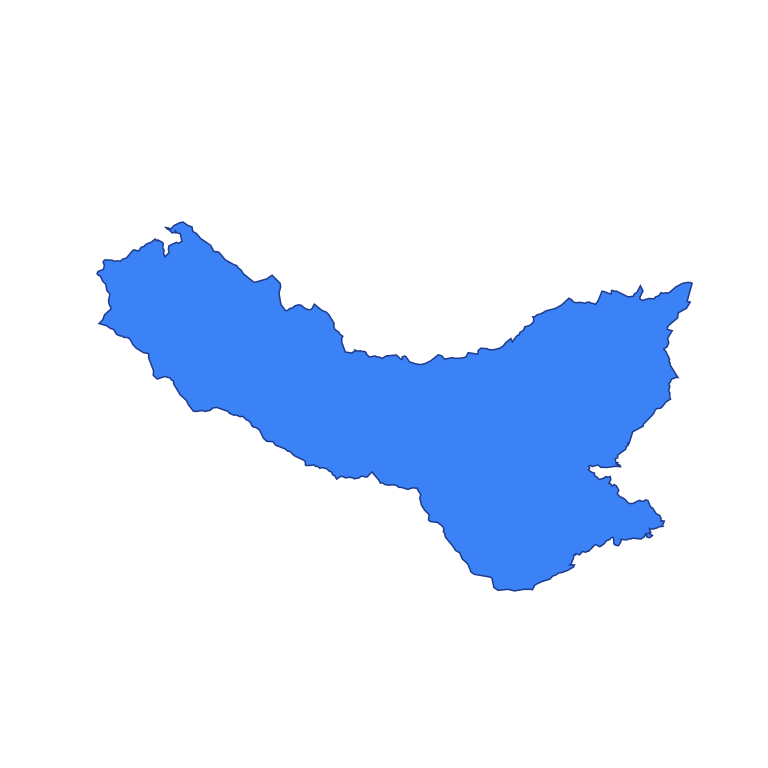 Lopatari, Buzau, Romania, rotated 284°
{"feature_id": "2599482B38865643072398", "entity_name": "Lopatari", "entity_type": "district", "adm_level": 2, "iso_a3": "ROU", "parent_name": "Romania", "parent_adm1": "Buzau", "projection": "orthographic", "projection_center": [26.556, 45.546], "detail": "fine", "context": "isolated", "style": "filled", "palette": "blue", "viewbox_px": 768, "rotation_deg": 284, "n_neighbors": 0, "source": "geoboundaries", "source_scale": "gbopen_adm2", "svg_char_len": 6148}
<svg xmlns="http://www.w3.org/2000/svg" viewBox="0 0 768 768"><g transform="rotate(284 384 384)"><path d="M556.2,658.6L556.6,657.3L556.1,654.2L553.9,649.4L548.6,643.5L542.4,639.2L540.6,637.1L540.8,635.7L539.5,632.7L539.7,630.7L536.3,629.4L533.9,626.1L532.0,625.8L531.2,620.6L527.6,614.4L528.3,611.8L530.7,611.4L536.9,612.8L541.3,609.0L534.0,607.2L531.8,605.0L529.4,604.7L527.6,599.7L530.3,587.3L529.8,585.6L530.1,583.0L529.8,582.2L526.0,582.6L526.9,575.9L526.8,573.1L517.0,571.7L512.2,569.8L512.8,568.0L512.5,564.9L513.2,563.5L512.3,561.0L510.9,559.4L510.8,555.2L509.3,550.3L509.3,548.1L510.9,546.1L512.0,542.7L503.5,537.1L498.4,531.5L494.4,523.8L490.0,519.2L488.3,515.9L486.2,514.4L485.0,512.1L483.9,513.4L480.9,514.1L478.4,512.9L476.2,511.3L473.5,506.7L469.9,506.4L466.9,503.4L464.3,503.4L464.0,502.3L462.1,500.8L455.9,498.4L458.8,496.1L453.5,492.1L449.6,490.4L446.6,487.4L443.5,481.5L442.7,477.3L443.3,475.5L442.1,469.2L439.0,467.2L436.6,467.9L435.6,467.3L434.8,458.1L429.9,456.9L427.8,452.7L426.2,447.2L425.9,443.3L422.8,436.8L425.3,433.2L425.5,429.6L417.9,423.8L414.0,419.3L411.7,415.1L411.1,409.2L411.6,406.1L411.3,403.9L415.7,398.8L416.2,397.2L414.6,395.1L412.3,395.8L412.3,393.9L415.1,389.1L411.9,379.6L408.2,375.6L409.0,373.5L408.6,371.2L409.1,368.6L406.6,363.2L408.8,359.8L410.3,358.8L410.9,357.1L410.3,355.1L410.5,352.9L409.5,350.2L410.0,347.7L408.9,348.4L408.2,346.8L406.3,345.5L405.7,338.7L414.5,332.8L418.2,332.0L420.4,332.5L421.6,329.3L423.5,327.4L425.0,323.2L427.6,321.4L430.9,320.8L438.0,313.6L439.8,310.6L440.4,305.9L444.6,297.1L439.4,295.8L438.0,293.8L437.7,291.7L438.6,288.1L440.3,284.8L440.2,281.9L438.4,278.9L435.0,276.0L434.6,274.3L431.8,272.4L431.4,270.5L436.2,264.8L446.5,260.2L453.3,260.2L456.5,258.9L462.5,249.1L457.6,244.8L451.4,234.0L451.5,232.6L456.8,221.2L460.0,217.7L461.5,214.3L463.3,212.5L463.4,209.7L466.1,199.9L471.8,192.2L472.0,190.2L471.4,187.0L476.6,182.2L480.9,170.7L484.7,165.6L485.7,161.6L490.0,159.7L490.4,155.3L492.5,149.9L491.2,146.9L486.9,141.9L482.6,139.6L483.2,137.3L483.0,134.5L482.0,136.0L481.7,138.1L479.3,141.9L480.4,144.0L480.3,145.1L481.9,144.6L480.7,146.3L480.4,150.0L473.5,153.4L470.9,150.7L471.2,148.2L466.0,141.9L462.0,142.3L459.8,143.9L454.5,140.7L457.3,138.5L460.7,138.3L462.2,136.5L466.9,135.8L467.9,134.4L469.1,129.8L468.0,129.5L469.3,126.8L465.4,124.0L462.5,119.7L459.3,117.7L457.9,115.3L453.6,113.7L453.8,109.4L452.7,107.8L444.0,103.6L441.7,100.0L439.4,98.6L439.0,95.4L438.0,93.2L438.3,89.8L436.9,83.2L436.1,82.4L434.2,82.0L431.5,84.0L428.2,84.1L427.0,83.6L424.1,79.4L421.8,78.8L420.8,79.7L419.9,82.7L415.4,86.5L413.5,89.9L407.6,92.5L405.0,96.3L398.4,96.5L395.4,97.7L391.1,101.1L383.5,96.1L378.0,95.5L373.7,92.8L373.5,100.6L371.7,105.1L371.6,108.5L367.9,111.9L367.2,113.6L366.8,116.7L367.3,118.3L366.3,120.0L367.1,124.5L366.1,126.6L361.3,131.1L358.8,134.9L356.3,142.9L356.5,148.4L352.6,149.2L341.1,157.2L336.6,158.0L334.0,162.8L338.4,169.7L338.0,172.3L338.3,175.0L336.5,176.6L336.1,179.1L333.3,179.8L324.3,188.7L320.2,196.3L316.6,199.2L311.6,205.5L312.0,208.6L314.3,214.2L314.1,217.0L316.5,221.7L319.5,223.9L320.8,227.7L319.7,239.2L318.2,241.1L317.4,246.0L318.2,247.8L317.5,252.2L318.4,255.0L315.9,259.3L315.6,261.4L314.4,263.7L311.3,266.1L310.6,268.1L310.8,270.6L309.2,274.3L302.3,280.1L300.0,284.1L301.2,290.4L298.4,293.6L297.1,303.7L295.5,307.0L295.8,309.0L292.7,314.3L290.6,324.6L289.6,326.5L286.6,327.2L286.1,328.0L287.3,332.7L288.7,335.7L287.5,337.2L287.9,339.9L286.7,342.1L287.9,344.1L288.0,348.5L286.3,351.8L285.9,354.3L283.8,355.9L283.2,356.9L283.3,358.2L280.2,361.1L283.8,364.1L284.2,366.4L283.6,369.6L284.8,371.9L285.5,376.1L284.8,378.0L287.1,382.9L288.5,383.5L289.4,385.3L289.2,387.8L289.8,390.2L295.7,393.5L289.6,402.1L287.0,404.4L287.6,406.8L286.7,409.3L286.8,412.4L288.6,418.1L288.4,421.4L287.3,423.2L287.9,426.4L287.5,432.6L290.2,436.9L290.9,441.8L289.6,442.2L285.4,446.5L282.1,446.2L275.5,449.7L271.6,453.7L268.0,459.5L262.9,460.0L261.8,462.1L262.6,469.6L260.0,475.4L258.2,476.9L254.9,477.4L254.0,478.8L250.2,480.7L243.2,490.2L239.8,493.7L238.5,498.4L233.3,502.1L229.6,508.9L222.6,513.9L221.2,517.8L222.3,532.9L222.0,535.5L213.1,539.9L211.4,544.7L214.8,554.0L214.8,560.6L218.6,569.4L220.3,576.2L220.2,577.8L225.6,579.1L230.1,584.4L235.0,592.3L238.5,594.1L239.8,596.5L243.1,599.5L244.1,602.3L247.5,607.2L252.4,612.2L254.5,612.6L253.5,608.2L254.4,609.0L261.2,610.0L263.8,609.4L264.4,611.2L265.5,611.0L265.9,613.4L265.5,615.0L269.6,617.2L269.5,620.5L270.7,621.3L271.3,623.1L278.9,627.5L279.4,628.9L278.3,632.2L278.7,633.3L282.4,636.4L285.7,637.6L287.4,640.4L290.2,642.1L290.4,643.5L289.4,644.2L284.4,645.8L283.7,647.4L283.8,650.6L288.0,652.0L290.5,651.6L291.5,657.4L293.2,659.3L293.2,660.9L294.6,662.3L295.7,670.8L298.8,673.6L302.3,674.2L302.2,675.4L300.7,675.0L299.4,675.9L298.9,677.0L299.2,679.0L301.9,681.2L303.6,677.0L304.5,678.7L308.0,676.5L308.2,679.9L310.4,683.8L311.9,685.3L313.4,689.1L313.8,688.4L318.8,689.2L318.7,687.4L317.8,686.3L318.1,685.8L320.8,685.3L323.3,683.1L323.9,679.6L328.6,674.7L329.4,672.2L334.7,668.4L334.9,665.7L332.8,664.3L332.8,659.7L327.9,653.9L327.5,649.9L330.3,645.9L331.4,643.1L331.7,640.3L333.9,636.8L337.7,637.5L341.3,634.3L342.1,631.6L340.1,630.3L341.9,627.8L342.0,626.3L346.1,627.2L349.0,625.8L347.7,624.0L347.9,621.8L345.3,619.3L343.5,615.8L345.4,612.7L345.8,610.5L348.4,609.8L348.7,606.5L350.3,603.2L352.2,603.9L353.8,602.3L354.9,603.7L354.3,606.0L357.2,611.3L355.6,614.6L357.0,620.7L360.2,628.7L361.0,633.5L362.3,632.5L361.7,631.7L362.4,631.3L361.9,630.4L362.8,630.1L362.6,629.3L364.2,629.9L363.7,628.0L367.5,626.5L368.9,628.6L371.8,628.0L379.1,634.3L382.1,634.3L383.6,635.7L385.3,634.9L385.2,635.9L385.8,636.2L397.8,636.9L405.8,645.7L407.6,645.4L420.2,652.7L424.6,653.5L426.2,654.7L427.2,657.9L428.8,659.3L434.9,662.0L438.7,665.7L440.8,664.3L444.8,663.4L445.7,662.0L451.2,661.8L453.0,660.2L455.1,661.4L458.1,661.7L461.2,666.1L461.4,667.6L472.1,656.6L473.7,656.6L474.4,655.3L477.2,655.1L483.9,649.5L485.6,646.9L488.4,649.6L492.9,650.3L497.0,648.1L505.4,650.8L505.5,645.9L506.5,645.3L509.4,645.8L519.2,652.9L524.2,652.3L530.7,659.2L537.5,661.3L537.6,658.1L556.2,658.6Z" fill="#3b82f6" stroke="#1e3a8a" stroke-width="1.5"/></g></svg>